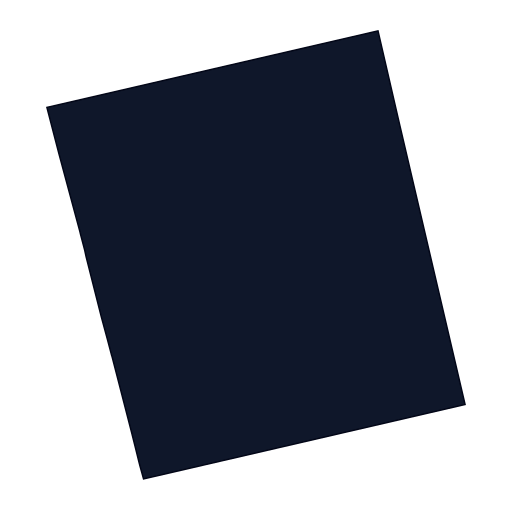 the district of Davis, Iowa, United States of America, rotated 77°
{"feature_id": "52423323B91960594969044", "entity_name": "Davis", "entity_type": "district", "adm_level": 2, "iso_a3": "USA", "parent_name": "United States of America", "parent_adm1": "Iowa", "projection": "albers", "projection_center": [-92.393, 40.745], "detail": "fine", "context": "isolated", "style": "filled", "palette": "ink", "viewbox_px": 512, "rotation_deg": 77, "n_neighbors": 0, "source": "geoboundaries", "source_scale": "gbopen_adm2", "svg_char_len": 416}
<svg xmlns="http://www.w3.org/2000/svg" viewBox="0 0 512 512"><g transform="rotate(77 256 256)"><path d="M64.2,426.3L112.4,425.0L192.6,422.1L194.4,422.1L195.0,422.1L211.8,421.6L218.4,421.7L280.5,420.4L304.6,419.5L320.9,419.0L321.1,418.9L348.2,418.2L400.4,416.9L416.2,416.6L429.6,416.4L434.2,416.3L447.9,415.7L447.7,85.7L159.4,86.5L64.1,86.5L64.2,426.3Z" fill="#0f172a" stroke="#020617" stroke-width="1.5"/></g></svg>